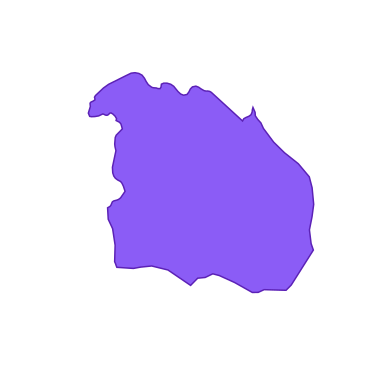 map outline of Siguiri (Natural Earth projection), rotated 303°
{"feature_id": "GIN-5657", "entity_name": "Siguiri", "entity_type": "Prefecture", "adm_level": 1, "iso_a3": "GIN", "parent_name": "Guinea", "parent_adm1": "", "projection": "natural_earth1", "projection_center": [-9.321, 11.681], "detail": "fine", "context": "isolated", "style": "filled", "palette": "violet", "viewbox_px": 384, "rotation_deg": 303, "n_neighbors": 0, "source": "natural_earth", "source_scale": "10m", "svg_char_len": 1733}
<svg xmlns="http://www.w3.org/2000/svg" viewBox="0 0 384 384"><g transform="rotate(303 192 192)"><path d="M211.6,58.1L212.4,58.3L214.3,59.5L216.3,60.4L217.4,59.7L218.4,58.6L220.3,58.5L231.0,61.1L236.9,63.4L253.7,73.3L258.5,76.2L261.0,79.2L262.5,82.9L262.8,86.5L261.5,90.2L259.7,93.4L258.2,96.9L257.9,101.2L258.4,102.8L259.8,105.4L260.2,107.1L261.3,108.9L263.0,108.9L265.8,107.6L267.9,109.0L269.7,111.8L270.8,115.5L270.7,119.1L268.6,125.6L268.0,129.1L268.6,132.2L271.1,134.7L274.2,134.9L277.5,134.5L280.4,135.1L282.9,137.6L283.5,140.4L283.4,143.5L283.6,147.0L284.3,148.8L285.3,150.3L286.0,152.0L286.1,153.9L279.1,195.7L281.7,195.5L284.1,196.8L286.4,198.4L288.9,199.4L291.8,198.9L294.1,197.7L296.1,197.1L293.2,201.5L290.4,203.6L288.7,207.6L287.5,212.1L284.2,217.3L278.3,233.3L275.3,248.1L273.6,265.8L268.6,282.1L261.0,290.4L247.9,300.8L236.5,306.2L224.2,311.1L213.6,320.0L209.4,325.4L168.0,325.9L160.8,324.4L154.5,314.1L149.4,305.7L143.9,302.2L140.6,297.3L139.3,277.1L136.8,260.4L134.7,254.0L127.5,249.6L122.8,243.7L112.9,241.7L113.5,214.3L108.0,198.5L101.0,189.8L96.0,184.5L87.9,170.0L89.1,168.3L90.3,166.8L91.4,165.1L105.5,156.5L118.0,145.4L123.5,136.6L132.8,129.8L135.3,131.1L136.7,131.2L139.5,130.7L140.5,130.6L142.0,131.3L144.3,133.4L145.7,134.4L148.2,135.3L156.1,135.5L159.5,131.3L161.2,128.5L161.9,126.4L161.6,123.0L161.8,120.2L162.8,117.7L164.9,115.1L169.4,111.8L185.2,105.7L188.0,102.8L190.2,101.0L196.0,97.9L198.4,97.5L207.0,99.2L210.3,95.4L211.0,93.3L210.6,89.4L212.4,88.8L213.7,86.2L214.3,83.1L214.2,81.0L213.4,80.2L211.0,79.6L210.0,78.9L209.3,77.4L209.2,75.9L208.9,74.7L205.0,72.3L202.4,69.5L200.4,66.7L199.7,65.0L201.7,62.1L208.3,60.2L210.7,58.3L211.6,58.1Z" fill="#8b5cf6" stroke="#5b21b6" stroke-width="1.5"/></g></svg>